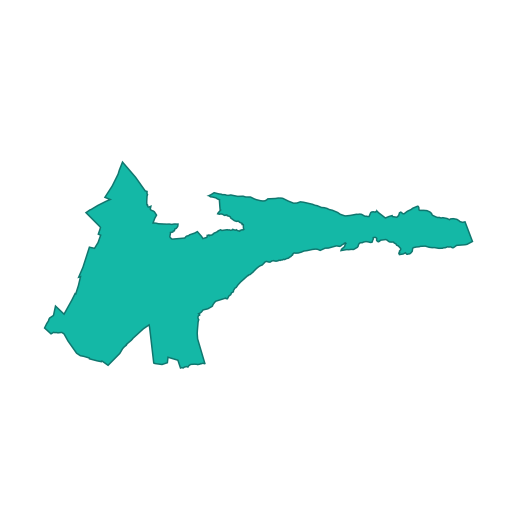 outline of Huejotzingo, Puebla, Mexico, rotated 175°
{"feature_id": "50627088B90352297212669", "entity_name": "Huejotzingo", "entity_type": "district", "adm_level": 2, "iso_a3": "MEX", "parent_name": "Mexico", "parent_adm1": "Puebla", "projection": "orthographic", "projection_center": [-98.474, 19.164], "detail": "fine", "context": "isolated", "style": "filled", "palette": "teal", "viewbox_px": 512, "rotation_deg": 175, "n_neighbors": 0, "source": "geoboundaries", "source_scale": "gbopen_adm2", "svg_char_len": 6107}
<svg xmlns="http://www.w3.org/2000/svg" viewBox="0 0 512 512"><g transform="rotate(175 256 256)"><path d="M44.8,271.8L47.3,271.5L50.0,272.6L50.6,273.4L52.7,275.0L56.2,276.0L58.9,276.0L60.1,275.3L62.4,276.7L66.6,277.9L68.4,277.7L70.1,278.5L71.6,278.5L73.3,279.2L76.5,281.1L77.2,282.0L77.4,283.1L78.9,284.7L81.8,286.3L84.6,286.8L89.0,287.2L89.4,287.5L89.6,288.1L89.6,290.2L90.1,291.3L90.8,291.5L95.8,289.9L97.4,288.8L101.3,287.4L104.9,285.1L105.9,285.3L107.9,287.1L109.3,286.5L110.0,284.7L110.7,283.6L112.4,282.3L116.6,283.4L116.9,284.4L120.3,283.7L123.8,282.6L130.2,288.5L131.5,290.1L131.5,289.7L132.5,289.9L133.4,289.3L135.1,289.8L136.7,289.8L137.5,289.5L138.0,289.1L139.9,285.5L141.0,285.5L142.5,286.0L144.0,286.1L147.2,288.3L149.0,288.7L150.5,288.6L152.5,288.8L158.5,288.2L163.3,288.1L164.4,288.4L168.6,290.3L170.8,292.2L175.9,294.9L179.0,295.9L181.1,297.2L183.9,298.2L186.5,298.6L190.7,300.8L192.9,301.4L195.2,302.6L203.9,305.4L207.1,306.1L210.5,305.2L213.9,305.3L219.2,308.0L224.3,311.1L226.0,311.5L228.8,311.8L231.5,311.6L239.2,311.9L240.6,310.9L242.3,310.2L244.3,310.2L246.7,310.7L250.8,312.1L252.7,313.0L256.3,315.2L261.2,315.7L263.6,316.7L269.1,317.0L275.8,319.0L278.0,318.8L279.8,319.0L281.6,319.8L284.5,320.1L285.2,320.6L287.6,321.1L292.2,322.7L295.7,320.9L297.7,320.2L297.1,320.0L296.9,319.5L296.1,318.9L294.4,318.6L290.9,317.4L289.4,316.2L287.4,315.2L287.6,314.6L287.7,309.2L287.7,304.8L287.4,304.7L290.0,302.2L290.5,301.4L288.8,300.8L287.2,301.0L285.5,300.4L283.9,299.2L282.8,299.2L282.5,299.5L282.1,299.6L281.4,299.4L281.1,298.9L281.2,298.7L280.7,298.4L279.4,298.0L278.3,297.4L277.9,296.1L274.5,293.1L272.2,292.1L270.9,292.3L270.3,292.1L269.5,291.1L266.8,289.5L267.1,288.6L265.9,288.3L266.1,285.0L265.8,283.5L266.9,283.1L267.6,283.4L268.5,283.0L269.5,283.0L270.1,282.1L272.4,283.0L273.1,283.8L273.5,283.5L274.3,283.5L274.7,283.8L275.1,283.7L276.0,284.1L276.8,284.6L277.4,284.0L279.1,283.8L280.5,284.4L281.6,284.3L282.3,284.7L287.8,284.4L289.0,285.2L290.8,284.6L291.9,284.1L291.9,283.8L293.7,283.1L293.9,282.9L295.7,282.5L296.6,281.6L297.4,281.4L297.5,281.1L298.7,280.6L300.1,280.8L300.5,280.3L301.0,280.6L301.2,281.0L301.6,280.7L302.8,280.8L303.0,279.6L303.4,278.8L307.4,278.0L308.5,280.2L312.3,285.4L315.0,284.2L320.3,282.9L321.3,282.2L323.5,281.8L324.1,281.4L325.4,280.1L338.1,280.1L339.8,281.7L340.2,282.9L339.3,285.8L339.2,286.9L336.8,287.1L336.1,288.2L335.1,288.2L334.5,290.0L333.1,290.4L331.7,291.9L331.3,292.6L330.9,294.6L334.9,295.0L337.2,294.8L339.7,295.4L342.1,295.5L350.3,296.6L352.7,297.4L355.7,297.9L353.6,302.3L351.5,305.4L353.4,308.9L354.5,309.8L355.8,310.4L356.7,311.0L357.1,311.6L357.2,312.1L356.4,314.7L358.3,314.1L359.2,314.3L359.6,315.2L359.5,316.1L359.9,316.7L360.3,316.7L360.1,319.8L359.4,324.9L359.1,325.9L358.7,326.6L359.2,327.7L358.9,329.8L360.7,330.5L369.1,344.9L380.8,361.2L384.6,353.6L386.2,349.6L393.1,338.3L401.4,327.6L396.3,325.0L400.5,323.6L409.3,320.1L416.4,316.6L417.2,316.5L421.6,314.0L408.5,298.3L408.3,298.5L409.0,296.4L411.2,291.5L408.9,290.3L412.2,283.1L416.2,277.7L421.2,279.3L429.4,259.8L434.5,250.3L432.6,250.7L435.5,242.0L438.9,233.9L439.5,234.3L443.3,228.1L452.3,214.8L460.1,223.6L462.8,214.8L463.3,214.2L467.0,212.2L467.8,211.0L468.4,209.4L470.3,207.0L472.9,202.7L467.0,196.3L464.3,197.6L463.1,197.2L461.2,197.1L460.1,196.7L456.1,196.8L454.0,195.1L450.7,187.7L443.2,174.8L439.7,172.0L436.2,171.0L430.9,168.9L430.9,168.1L423.4,165.4L419.3,164.2L419.1,164.7L418.3,164.6L412.9,160.0L400.2,170.8L396.9,175.4L394.9,177.2L393.1,178.3L392.6,179.0L392.8,179.1L392.6,179.3L391.9,179.9L387.5,183.0L386.1,184.3L386.1,184.5L374.4,193.4L368.5,196.7L368.2,194.0L367.2,158.3L366.1,157.7L359.1,156.1L353.6,157.4L352.5,162.8L342.9,159.0L341.0,151.0L339.9,151.3L338.3,150.8L337.0,151.6L334.8,151.9L333.5,151.3L332.6,152.5L330.9,153.5L330.2,153.7L326.6,153.6L324.1,153.2L323.6,152.9L321.1,153.2L320.7,153.6L320.0,153.4L318.3,153.8L316.6,153.2L316.3,153.3L321.4,178.5L321.3,184.2L320.8,187.5L319.4,195.5L318.6,197.6L319.1,198.5L319.2,200.1L318.8,201.2L318.2,201.7L317.3,202.0L317.3,202.5L318.2,203.5L316.7,204.0L315.2,205.0L313.4,206.9L308.6,207.6L304.4,209.5L303.7,210.0L303.2,211.2L301.3,213.4L299.9,214.5L289.9,216.7L289.5,216.1L288.2,215.9L286.5,218.5L284.5,219.7L283.7,221.4L281.7,222.3L281.4,223.7L280.2,225.3L279.4,226.1L278.5,226.4L276.5,228.8L273.8,231.3L265.9,237.2L265.4,237.2L265.2,237.7L263.6,238.0L260.0,240.5L259.8,240.8L256.6,243.5L254.1,245.2L252.4,246.0L250.6,246.5L247.3,249.4L246.1,249.7L243.6,248.8L242.3,248.7L240.8,249.6L239.6,249.8L239.2,249.7L238.9,249.9L237.6,249.3L236.3,249.1L235.1,249.2L233.9,249.7L233.7,249.5L233.2,249.8L232.1,249.5L231.4,249.9L230.4,249.7L228.9,250.3L228.6,250.1L227.7,250.0L225.7,250.8L224.0,251.0L223.1,251.5L222.8,251.9L221.5,252.3L220.0,253.7L219.6,253.7L219.4,254.5L218.9,254.8L218.8,255.1L218.4,255.2L217.7,255.8L216.4,255.4L213.7,255.3L210.5,255.9L207.8,256.8L204.8,256.9L199.4,257.6L196.7,257.7L195.4,257.6L193.8,257.2L191.6,256.0L186.4,257.8L183.2,257.6L175.0,259.1L171.8,258.3L170.7,258.6L169.4,259.6L167.9,260.2L166.9,261.0L165.8,261.3L165.3,260.7L166.0,260.1L166.9,257.7L170.2,255.3L170.8,254.0L165.0,254.5L163.2,254.2L160.6,254.3L158.2,254.0L154.3,255.8L153.5,256.7L152.9,258.4L152.2,259.3L151.0,260.1L148.7,260.0L147.8,260.5L145.2,260.8L143.0,260.3L140.8,259.5L139.3,259.6L139.0,259.9L138.3,261.7L137.8,262.4L137.6,264.1L136.5,264.2L135.6,264.2L134.6,263.6L134.2,263.0L134.5,261.1L133.8,260.1L133.0,259.5L132.5,259.9L131.6,259.8L131.2,260.6L130.3,260.9L125.2,261.1L123.9,260.3L122.7,259.0L121.5,258.3L119.4,258.0L118.2,258.0L117.6,257.7L117.4,257.1L115.5,255.8L115.0,254.6L114.1,254.0L113.5,253.8L111.3,251.0L111.2,250.0L111.7,249.2L112.7,248.3L112.6,246.8L113.4,246.6L113.5,246.4L113.0,244.9L109.1,245.2L106.9,246.2L105.6,244.6L104.9,244.5L104.4,244.7L102.6,244.8L101.0,245.9L99.9,247.2L99.3,249.9L98.4,250.6L95.7,251.0L92.4,251.0L91.5,251.3L86.5,251.1L82.7,249.6L80.0,249.0L77.3,248.8L73.2,247.7L69.5,247.5L68.1,247.9L67.0,247.7L64.2,248.5L63.1,248.1L61.4,248.2L59.6,247.1L58.6,247.1L55.2,249.1L46.7,249.0L44.8,249.2L39.1,251.6L44.8,271.8Z" fill="#14b8a6" stroke="#0f766e" stroke-width="1.5"/></g></svg>